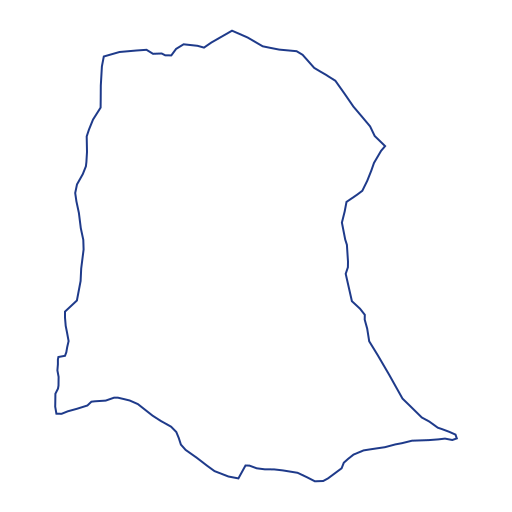 the district of Corisco, Equatorial Guinea
{"feature_id": "11065452B63780080368940", "entity_name": "Corisco", "entity_type": "district", "adm_level": 2, "iso_a3": "GNQ", "parent_name": "Equatorial Guinea", "parent_adm1": "", "projection": "mercator", "projection_center": [9.322, 0.913], "detail": "fine", "context": "isolated", "style": "outline", "palette": "blue", "viewbox_px": 512, "rotation_deg": 0, "n_neighbors": 0, "source": "geoboundaries", "source_scale": "gbopen_adm2", "svg_char_len": 1914}
<svg xmlns="http://www.w3.org/2000/svg" viewBox="0 0 512 512"><path d="M262.7,46.3L247.6,37.5L232.0,30.7L211.4,42.5L204.0,47.6L197.5,45.8L183.6,44.3L176.1,48.9L171.3,55.4L165.2,55.3L161.7,53.5L153.0,53.8L146.5,49.8L136.5,50.5L119.5,52.0L103.8,56.5L101.9,66.4L100.8,85.5L100.7,99.8L100.6,107.6L93.0,119.6L89.0,129.5L86.7,136.4L87.0,152.0L86.4,162.0L85.9,166.3L82.8,174.1L77.0,184.4L75.2,193.0L76.4,201.3L78.9,213.0L80.8,228.2L83.3,239.9L83.6,249.5L81.2,268.5L80.6,281.0L78.0,294.7L76.9,300.5L65.0,311.6L65.0,317.6L65.7,325.9L67.0,332.4L68.6,341.1L67.2,347.1L66.3,352.3L65.0,355.8L58.4,357.0L57.9,359.5L57.9,364.3L57.4,370.4L58.6,376.9L58.5,385.6L58.0,388.6L55.4,393.7L55.3,401.1L55.2,406.7L56.4,413.7L61.6,413.8L67.8,411.3L76.9,408.8L87.4,405.5L91.4,401.7L94.8,401.3L105.7,400.6L114.0,397.7L118.0,397.7L124.0,399.1L129.7,400.5L137.9,404.1L152.5,415.6L160.7,420.9L171.1,426.7L176.3,432.0L178.8,438.1L180.9,444.6L185.6,449.9L196.8,457.8L207.2,465.8L214.5,471.1L228.4,476.5L238.4,478.4L245.5,465.5L249.4,465.6L256.7,468.3L264.6,469.3L274.1,469.4L282.8,470.4L297.6,472.8L307.1,477.3L314.9,481.3L323.2,481.0L328.0,478.4L341.6,468.3L343.8,462.7L348.2,458.8L353.5,454.6L363.6,450.4L369.3,449.5L376.6,448.4L384.9,447.2L395.4,444.4L401.9,443.2L412.0,440.7L428.9,440.1L438.1,439.4L445.0,438.6L452.3,440.0L456.8,438.4L455.5,434.6L449.2,431.8L441.7,429.0L437.8,427.7L429.2,421.5L421.8,417.5L409.3,405.2L402.5,398.6L395.6,386.3L389.3,375.0L377.8,355.3L369.2,341.3L367.2,328.7L364.7,319.6L364.8,314.8L360.0,308.7L351.9,301.2L345.7,273.8L347.9,267.3L348.0,261.7L346.9,244.8L345.2,239.5L341.9,222.6L344.7,211.4L346.5,201.9L357.1,194.7L362.3,190.8L367.2,180.9L371.3,170.6L374.0,162.9L381.1,150.8L385.1,146.1L374.7,136.0L370.1,126.4L362.4,117.2L353.4,106.6L344.4,93.5L335.4,80.8L328.1,76.2L326.3,75.0L320.4,71.6L314.2,67.9L302.6,54.8L296.6,51.2L279.2,49.6L270.0,47.8L262.7,46.3Z" fill="none" stroke="#1e3a8a" stroke-width="2"/></svg>